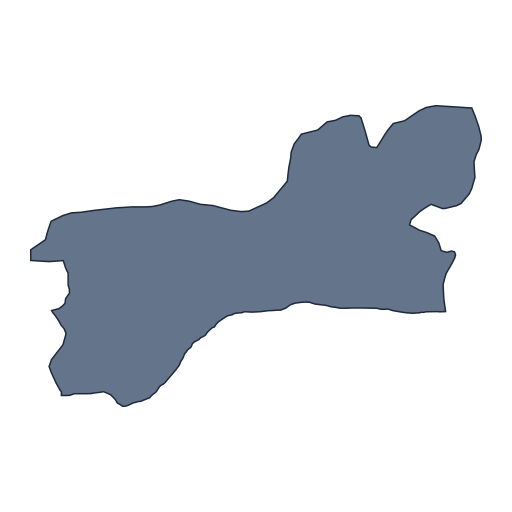 Dishna, Qina, Egypt (Robinson projection)
{"feature_id": "37247803B58798403168141", "entity_name": "Dishna", "entity_type": "district", "adm_level": 2, "iso_a3": "EGY", "parent_name": "Egypt", "parent_adm1": "Qina", "projection": "robinson", "projection_center": [32.452, 26.142], "detail": "fine", "context": "isolated", "style": "filled", "palette": "slate", "viewbox_px": 512, "rotation_deg": 0, "n_neighbors": 0, "source": "geoboundaries", "source_scale": "gbopen_adm2", "svg_char_len": 3391}
<svg xmlns="http://www.w3.org/2000/svg" viewBox="0 0 512 512"><path d="M471.8,108.0L451.9,106.7L435.8,105.7L426.4,107.4L419.1,110.8L404.5,120.8L393.3,123.5L388.0,129.9L384.5,135.1L382.7,138.1L376.7,147.6L374.0,147.3L371.0,147.0L369.6,145.7L369.0,145.1L365.5,132.4L363.1,124.5L360.9,117.7L358.9,115.8L350.3,115.3L348.7,115.7L342.9,116.8L335.5,120.3L327.1,121.9L317.6,130.1L301.4,134.1L299.0,137.6L294.2,143.9L291.1,152.4L290.7,158.0L288.9,167.1L288.1,173.5L287.3,181.2L273.7,197.6L266.9,202.8L248.9,211.1L241.4,211.6L230.9,210.3L212.7,205.5L200.3,204.3L190.3,201.5L188.8,201.1L179.3,199.7L177.3,200.1L171.8,201.2L159.8,205.0L152.3,206.5L145.7,206.9L131.5,206.9L122.1,207.5L114.6,208.0L113.5,208.2L93.9,210.4L80.8,212.3L78.4,212.4L71.4,212.9L63.0,215.5L55.7,219.0L51.1,221.3L48.6,228.5L47.0,233.6L45.5,239.7L30.7,249.8L30.8,259.8L30.8,260.5L48.8,261.6L63.3,260.6L65.5,267.7L68.1,273.1L68.1,278.5L68.1,281.8L68.1,285.2L69.4,289.2L69.4,293.2L65.6,298.6L65.0,303.3L62.5,306.0L58.7,308.7L51.6,310.5L52.6,312.4L55.7,316.2L57.2,318.5L58.8,321.0L60.9,324.8L64.0,328.6L66.1,333.5L63.0,344.7L53.1,357.5L51.5,359.5L49.1,366.6L51.3,372.5L55.7,382.2L59.9,390.0L61.4,391.8L61.4,395.5L61.5,395.5L65.7,395.5L69.5,395.4L72.7,394.3L74.4,393.7L77.9,393.7L81.3,393.7L87.1,393.7L90.8,393.6L94.8,392.9L100.0,392.3L103.6,391.7L106.0,392.7L110.4,394.6L113.2,397.3L115.5,399.8L116.5,401.6L117.4,403.1L119.5,404.2L121.2,405.2L122.6,406.3L124.4,406.3L126.9,405.8L130.6,404.2L133.3,402.8L135.1,402.5L138.0,401.6L140.9,401.3L144.2,399.9L145.4,399.4L149.6,397.8L151.9,395.1L154.3,393.3L156.2,391.8L159.4,386.8L160.7,385.5L162.7,384.3L163.4,384.1L165.6,382.0L167.6,379.5L170.1,376.6L173.0,373.2L176.1,369.5L179.2,365.3L180.8,361.4L182.6,358.7L183.6,356.5L184.6,353.8L186.3,351.9L187.4,350.1L188.6,349.0L190.6,347.6L191.3,346.4L192.4,343.7L194.5,341.8L199.0,339.5L200.5,337.8L204.5,335.8L205.8,334.7L206.4,333.4L208.9,330.7L209.0,330.6L211.7,328.2L213.0,327.4L214.4,327.0L216.1,324.3L218.3,322.0L220.5,320.4L223.6,318.3L226.0,316.7L228.2,315.6L230.3,315.2L232.5,314.6L234.1,313.6L236.9,313.1L241.8,312.7L244.2,311.8L246.0,311.8L251.6,312.1L251.8,312.1L256.5,311.9L260.3,311.7L268.1,310.7L273.1,310.5L278.3,310.1L280.4,310.2L283.1,309.2L285.8,308.1L288.7,306.0L290.9,304.5L295.4,303.1L300.7,302.4L305.2,302.1L309.6,302.3L312.6,303.3L315.3,304.1L318.2,304.4L320.7,304.8L325.1,305.2L328.4,306.0L331.2,306.8L336.5,307.5L340.2,308.2L341.1,308.2L345.0,308.2L346.5,308.2L348.8,308.1L352.3,308.0L356.6,308.0L363.9,308.0L368.6,308.1L372.8,308.2L376.4,308.2L379.3,308.9L381.5,309.3L383.1,309.3L385.9,309.2L387.8,309.0L392.8,310.6L399.0,311.7L405.5,312.7L408.0,312.9L412.8,313.3L418.7,312.8L419.5,312.9L421.0,312.3L423.4,312.4L425.9,311.8L430.6,311.7L436.6,311.6L440.2,311.8L445.4,311.6L445.6,311.6L444.4,303.1L444.0,300.3L443.9,299.6L443.6,294.6L443.4,290.6L443.1,284.6L444.1,280.7L444.6,278.5L446.2,273.4L452.2,263.0L454.8,257.8L455.1,256.6L455.6,254.8L454.5,251.9L451.6,251.0L446.9,252.3L441.2,250.7L438.8,242.9L434.7,236.1L426.9,232.6L419.2,230.1L409.5,224.8L410.2,222.7L411.1,219.7L414.7,216.4L416.0,215.2L419.2,212.1L423.7,208.8L431.0,204.3L442.6,208.6L445.4,208.4L451.0,207.0L456.6,205.7L461.2,203.4L462.4,201.9L469.2,193.9L471.7,188.7L474.9,177.5L474.3,168.2L474.0,161.5L476.4,154.4L479.0,149.2L481.3,140.0L481.1,136.0L478.6,126.2L475.2,116.4L471.9,108.2L471.8,108.0Z" fill="#64748b" stroke="#1e293b" stroke-width="1.5"/></svg>